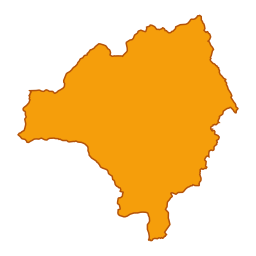 outline of Tuan Giao, Điện Biên, Vietnam
{"feature_id": "81297802B47935602128313", "entity_name": "Tuan Giao", "entity_type": "district", "adm_level": 2, "iso_a3": "VNM", "parent_name": "Vietnam", "parent_adm1": "Điện Biên", "projection": "albers", "projection_center": [103.401, 21.645], "detail": "fine", "context": "isolated", "style": "filled", "palette": "amber", "viewbox_px": 256, "rotation_deg": 0, "n_neighbors": 0, "source": "geoboundaries", "source_scale": "gbopen_adm2", "svg_char_len": 5792}
<svg xmlns="http://www.w3.org/2000/svg" viewBox="0 0 256 256"><path d="M148.6,239.8L148.8,240.1L150.0,239.7L150.2,239.9L150.3,240.5L151.6,240.6L152.3,240.2L153.0,239.0L154.7,238.4L157.5,238.7L158.8,237.8L159.4,237.8L160.6,238.3L161.2,237.8L161.7,237.6L162.3,238.2L162.9,238.2L164.1,237.0L164.4,236.4L165.3,236.2L165.6,235.3L166.5,234.7L164.6,232.2L169.7,224.9L169.9,224.4L169.0,220.5L168.3,218.1L168.4,213.0L168.2,212.4L165.5,209.4L166.2,208.0L167.0,206.8L167.3,203.0L167.6,201.8L169.4,199.8L170.8,197.6L171.7,197.0L172.2,196.4L172.2,196.0L171.1,194.1L170.9,193.3L171.4,192.9L172.3,192.8L175.9,194.2L176.2,194.1L177.5,192.9L178.3,192.5L182.5,192.3L183.5,191.6L185.6,189.0L186.8,188.0L187.7,187.3L189.8,186.5L190.5,185.8L192.1,185.7L192.9,184.7L194.8,185.5L196.0,185.6L198.9,185.6L199.2,185.3L199.3,184.8L199.0,183.7L199.3,183.3L199.6,182.0L200.8,180.7L201.0,179.8L201.0,178.1L199.7,174.4L200.1,173.8L199.9,172.2L200.3,171.3L200.1,170.3L200.2,169.6L201.7,168.5L202.2,169.1L203.1,169.2L203.7,169.0L204.5,168.3L206.0,168.5L206.8,167.2L205.9,166.5L205.6,165.9L205.7,164.7L206.0,164.0L205.9,163.2L206.2,161.7L205.7,160.9L205.1,160.5L204.7,160.0L204.9,158.8L206.0,157.0L207.0,156.1L207.5,156.0L208.9,156.7L208.7,154.9L208.8,153.0L209.1,151.5L209.4,150.9L211.1,150.0L212.6,150.5L213.4,150.2L213.8,149.8L214.0,149.2L214.0,147.1L214.2,146.7L215.2,145.5L216.7,144.5L216.6,143.3L217.3,142.3L216.6,140.5L218.5,139.2L219.1,137.7L219.1,136.9L218.0,135.6L214.8,134.1L214.6,133.6L214.9,131.7L214.2,130.6L213.7,130.4L212.3,130.9L211.7,130.5L211.6,130.0L212.2,129.2L210.8,129.1L210.7,128.2L210.8,127.1L211.2,126.7L212.9,125.7L213.2,124.8L214.0,124.8L214.6,124.4L215.5,124.7L216.3,124.6L218.3,122.6L219.0,122.5L218.2,121.7L218.0,120.9L219.5,117.7L219.4,116.4L222.5,114.3L222.8,113.8L223.3,111.2L226.6,108.8L227.8,108.3L228.9,108.1L230.1,107.4L230.6,107.4L233.0,109.7L233.9,111.3L235.3,112.8L236.1,112.7L236.4,110.4L237.7,109.1L237.9,108.4L235.9,106.7L235.7,104.8L235.1,103.5L234.1,102.4L230.9,97.4L230.9,97.1L231.7,96.3L231.8,95.7L230.7,93.1L228.2,89.2L227.4,86.4L226.4,84.7L226.6,83.0L225.0,81.0L224.9,80.5L225.8,79.8L225.8,79.4L223.7,78.3L221.5,75.6L220.3,74.6L219.3,72.3L219.5,70.5L218.5,68.9L218.7,68.1L218.6,67.8L217.4,67.0L217.0,66.0L215.8,65.5L215.1,64.5L214.2,63.8L213.0,63.4L210.5,60.8L210.2,59.4L210.9,58.6L210.5,57.8L210.4,57.3L211.3,55.5L212.3,51.3L212.7,50.4L213.5,49.6L213.3,48.9L212.4,47.3L210.8,45.4L209.3,41.9L208.1,41.1L209.1,40.2L209.6,39.5L210.6,37.1L210.6,36.5L209.7,34.1L209.3,33.7L208.5,33.5L208.1,32.4L207.5,31.7L206.9,31.7L206.4,32.3L205.9,32.3L204.0,30.4L204.9,28.6L204.4,25.6L203.8,23.9L202.6,22.6L202.4,21.3L201.4,20.3L201.2,16.5L199.7,15.4L199.0,15.7L197.6,15.9L196.5,17.7L195.6,18.2L194.9,18.9L193.2,19.3L191.5,19.2L190.7,19.6L189.8,21.1L188.4,22.7L187.8,23.3L186.3,24.1L185.6,24.3L180.3,24.7L175.7,26.9L175.5,28.6L173.5,30.7L172.8,31.3L171.9,31.4L171.1,32.3L170.0,32.8L168.8,32.8L167.1,31.5L166.5,30.7L165.8,30.5L165.2,30.6L164.4,28.8L162.9,27.8L162.6,27.8L161.9,28.7L159.4,29.6L158.8,29.4L156.6,29.3L154.7,26.7L152.2,25.4L150.8,25.1L150.2,25.1L149.6,26.2L146.6,27.1L146.7,28.7L145.9,31.1L145.5,31.6L145.0,31.6L143.3,31.1L140.9,30.2L138.8,30.9L138.0,31.5L137.9,32.4L137.4,33.1L134.6,35.1L133.3,38.4L132.1,39.6L129.8,40.1L126.4,42.3L126.2,43.4L127.2,47.9L127.3,50.5L126.8,51.7L124.4,54.1L123.0,55.6L122.6,56.3L121.9,56.0L118.0,55.9L115.2,56.0L114.2,55.9L112.6,56.3L111.6,56.1L110.0,54.9L110.5,53.0L110.5,52.4L109.8,50.3L109.3,49.7L107.8,48.7L106.2,46.3L105.5,45.7L103.5,44.9L100.1,43.9L98.8,43.8L95.3,46.6L94.2,48.1L91.6,49.6L90.3,49.9L88.5,52.5L87.2,53.5L87.3,54.5L87.0,55.0L84.8,55.4L84.0,56.0L82.8,57.8L80.5,58.8L80.2,59.1L79.2,61.1L77.9,62.5L77.2,64.3L75.2,66.4L74.0,67.1L72.5,68.5L71.9,69.6L69.8,71.6L67.2,73.0L66.3,73.9L63.7,80.4L63.8,82.2L64.6,83.4L64.4,86.3L64.2,86.8L63.0,88.2L60.6,89.7L58.4,90.8L56.9,92.2L55.0,93.3L54.5,93.2L52.7,91.4L49.3,91.3L47.7,90.3L46.3,89.9L45.4,90.2L44.2,91.2L43.4,91.4L41.7,91.2L40.1,90.4L39.1,90.1L36.1,90.5L29.9,90.7L31.1,92.0L30.4,92.7L30.4,93.7L29.7,94.3L29.9,95.0L29.1,95.5L29.7,97.1L29.2,98.9L30.0,99.8L29.3,101.5L29.2,102.2L28.9,102.8L26.5,105.5L24.4,107.1L23.4,108.1L23.1,108.9L23.2,109.9L23.6,110.6L24.9,111.3L25.2,111.6L25.4,112.5L25.3,114.2L25.6,115.5L26.2,116.8L25.9,117.6L25.0,118.6L24.8,119.3L25.7,123.6L25.6,125.0L25.0,127.6L24.1,130.5L21.9,131.7L20.6,132.9L19.3,133.2L18.1,134.8L20.1,136.5L21.7,138.5L22.3,138.8L25.0,139.4L26.5,140.9L26.7,141.9L27.0,142.2L27.9,142.4L28.7,142.4L30.5,141.2L31.8,140.6L34.2,139.1L36.3,138.9L38.9,139.1L40.7,138.3L41.6,138.2L44.6,139.7L46.2,140.0L47.1,139.9L48.3,138.8L49.8,138.3L54.2,138.1L55.1,138.5L58.3,138.7L59.0,139.4L60.0,139.2L60.5,139.3L61.1,139.8L62.8,140.5L66.8,140.5L68.2,141.7L69.3,141.9L73.6,141.4L74.6,141.5L75.6,141.1L76.4,141.2L77.8,142.0L81.5,142.4L83.7,143.3L85.0,144.0L87.7,146.6L88.1,148.2L88.0,150.7L89.0,153.2L89.2,155.2L91.6,158.0L95.5,160.5L96.6,161.5L97.0,162.3L98.0,162.9L99.5,164.9L100.4,166.7L100.9,167.2L102.6,168.1L106.0,169.3L107.3,170.1L107.9,171.0L108.5,173.3L109.0,174.0L112.2,176.2L112.7,179.5L113.7,180.1L114.2,180.6L114.6,181.6L115.3,184.6L115.6,185.0L116.7,186.2L117.8,186.7L118.8,187.7L119.8,187.8L120.3,188.2L120.8,189.9L120.3,190.7L120.1,191.2L120.3,191.4L123.1,192.2L123.1,192.6L122.6,193.8L122.5,195.2L122.2,196.4L121.1,197.3L120.3,197.7L118.6,198.0L118.2,198.4L117.6,201.9L117.5,203.3L117.9,203.9L118.7,204.3L119.3,204.9L120.1,208.0L120.2,208.9L119.9,209.2L118.2,209.7L117.9,212.9L118.1,213.9L118.6,214.7L119.9,215.6L120.7,215.8L123.8,216.8L125.0,216.8L127.2,216.1L130.1,214.2L133.9,213.0L137.8,212.9L140.7,212.2L143.0,212.1L145.8,212.3L147.4,212.9L147.9,213.3L148.5,215.7L149.3,217.2L149.6,221.0L148.9,222.7L147.5,224.5L147.4,225.0L147.4,229.3L148.7,232.8L149.3,236.2L149.2,238.2L148.6,239.8Z" fill="#f59e0b" stroke="#b45309" stroke-width="1.5"/></svg>